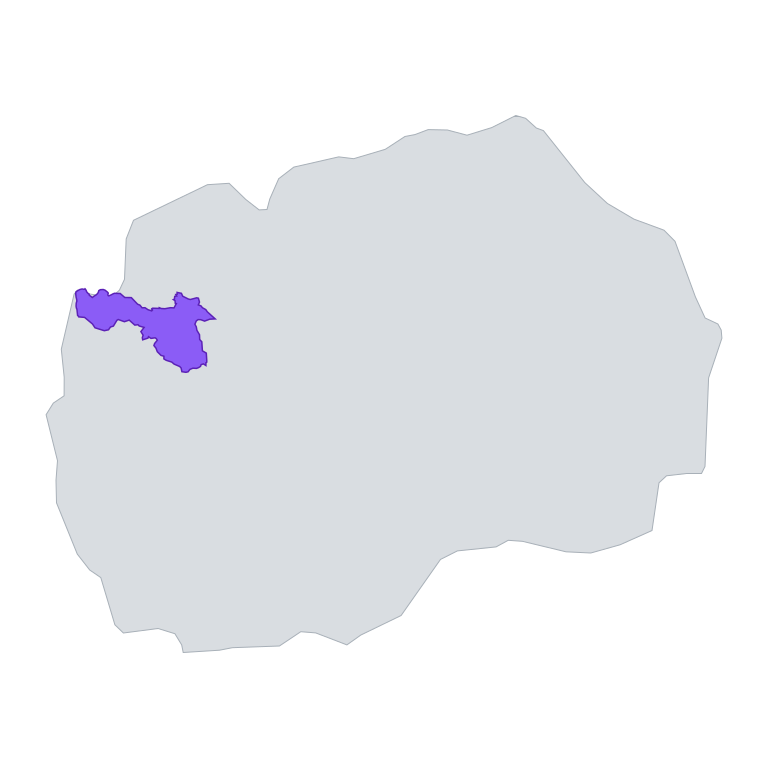 Gostivar, Gostivar, North Macedonia shown in context
{"feature_id": "65306769B11113266730381", "entity_name": "Gostivar", "entity_type": "district", "adm_level": 2, "iso_a3": "MKD", "parent_name": "North Macedonia", "parent_adm1": "Gostivar", "projection": "orthographic", "projection_center": [20.801, 41.759], "detail": "fine", "context": "in_parent", "style": "filled", "palette": "violet", "viewbox_px": 768, "rotation_deg": 0, "n_neighbors": 0, "source": "geoboundaries", "source_scale": "gbopen_adm2", "svg_char_len": 3144}
<svg xmlns="http://www.w3.org/2000/svg" viewBox="0 0 768 768"><path d="M339.0,156.9L353.7,158.7L385.3,149.3L404.9,136.5L414.9,134.6L428.2,129.6L447.4,130.0L467.0,135.2L491.7,127.6L515.8,115.5L525.6,118.3L536.3,128.0L543.4,130.6L584.8,182.6L607.4,203.5L633.9,219.1L664.0,230.2L675.0,241.3L695.4,296.9L705.1,318.0L717.9,324.0L721.2,330.1L721.9,338.2L708.6,377.9L705.0,466.4L701.5,473.5L686.5,473.5L666.5,475.8L659.0,482.8L652.0,530.5L620.0,544.8L590.8,553.0L566.0,551.8L522.4,541.3L508.2,540.3L496.1,546.9L457.4,550.9L440.5,559.4L401.1,615.5L360.7,635.1L346.9,644.9L315.7,632.9L300.8,631.7L279.4,646.0L232.3,647.7L219.5,650.2L183.2,652.5L181.7,644.9L174.9,633.7L158.0,628.5L123.4,633.0L114.9,624.8L100.8,577.6L89.7,570.0L77.3,554.1L56.5,502.8L56.0,480.3L57.5,460.7L46.1,414.7L53.3,403.1L64.1,395.8L64.2,377.3L61.3,349.2L74.1,294.1L77.6,290.1L80.8,292.7L111.5,297.2L119.4,290.2L124.5,279.3L126.2,238.9L133.5,220.3L207.4,184.7L229.1,183.3L245.8,199.5L259.1,209.9L267.0,209.5L269.8,199.0L278.7,178.7L293.8,167.1L338.6,156.9L339.0,156.9Z" fill="#d9dde1" stroke="#a8b0b8" stroke-width="1"/><path d="M185.9,372.3L188.1,371.8L189.9,369.4L192.9,368.2L196.5,368.4L198.6,367.6L200.5,366.4L201.1,364.6L203.4,363.9L205.9,365.5L205.9,362.8L206.7,362.3L206.8,361.2L206.3,353.1L202.4,350.8L201.8,341.8L199.7,339.5L199.5,334.7L196.9,330.3L196.3,326.9L194.9,324.2L196.3,320.9L198.1,319.6L200.8,319.7L204.6,321.1L209.7,319.2L215.2,318.9L207.3,311.8L205.8,309.6L202.4,307.7L201.0,305.9L198.3,304.9L199.5,302.1L198.4,298.2L196.7,297.8L190.3,299.5L188.3,299.0L182.7,296.2L181.4,293.3L178.0,292.6L177.1,292.4L177.1,294.3L175.8,294.5L176.7,296.0L174.7,296.4L174.4,299.2L173.4,299.6L175.0,300.6L175.3,303.5L176.3,303.6L174.0,307.9L170.5,307.7L164.9,308.7L161.2,308.5L159.3,307.7L159.3,308.4L152.6,308.2L151.8,308.7L152.3,309.5L151.6,310.0L152.2,310.3L151.7,310.9L148.0,309.7L145.0,307.7L142.1,307.8L139.9,305.1L137.6,304.2L131.3,297.6L124.8,297.5L120.2,293.5L114.4,293.3L112.7,294.0L111.5,294.7L110.6,295.1L108.9,295.8L108.5,295.8L108.3,295.7L107.9,295.1L107.9,294.4L108.2,293.6L108.1,292.8L107.2,291.9L105.1,290.2L103.2,289.5L100.3,289.7L99.8,290.0L98.8,290.6L98.3,292.3L97.6,293.5L96.0,295.0L94.1,296.1L92.3,297.5L90.4,296.0L89.4,295.4L89.1,294.1L88.3,293.6L86.8,292.0L86.0,290.1L85.7,289.7L85.3,289.1L85.0,288.8L84.7,289.2L84.3,289.3L83.6,289.3L83.3,289.2L82.3,289.0L81.9,289.0L79.9,289.5L78.7,290.1L76.2,291.6L75.9,292.2L75.7,293.6L76.1,297.2L76.4,298.3L76.6,299.2L76.7,299.6L76.8,300.5L76.8,301.4L76.5,302.1L76.2,303.4L76.2,303.8L76.2,304.2L76.1,305.1L76.1,306.4L76.4,308.2L76.7,308.6L77.0,309.8L77.1,310.9L77.6,315.5L78.7,316.4L78.8,316.9L84.6,317.4L92.5,324.0L95.0,327.8L104.3,330.7L108.5,329.8L110.5,327.0L113.4,326.1L116.9,320.3L118.2,319.5L124.4,321.7L129.2,320.1L134.8,325.1L138.0,324.7L139.2,326.0L144.1,327.4L140.9,331.6L143.1,335.2L142.3,337.7L142.7,339.8L148.0,338.1L148.5,336.7L151.0,338.4L155.0,337.8L156.2,338.5L157.3,340.2L154.6,343.5L153.9,345.6L156.0,348.2L157.3,351.7L161.0,355.4L163.9,356.2L163.9,358.9L166.2,360.3L171.8,362.1L174.1,364.1L179.7,366.5L181.1,368.0L181.9,371.7L185.9,372.3Z" fill="#8b5cf6" stroke="#5b21b6" stroke-width="1.5"/></svg>